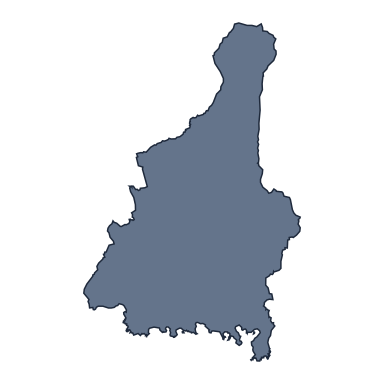 the district of Lombok Tengah, Nusa Tenggara Barat, Indonesia
{"feature_id": "22746128B98880758851169", "entity_name": "Lombok Tengah", "entity_type": "district", "adm_level": 2, "iso_a3": "IDN", "parent_name": "Indonesia", "parent_adm1": "Nusa Tenggara Barat", "projection": "orthographic", "projection_center": [116.283, -8.682], "detail": "fine", "context": "isolated", "style": "filled", "palette": "slate", "viewbox_px": 384, "rotation_deg": 0, "n_neighbors": 0, "source": "geoboundaries", "source_scale": "gbopen_adm2", "svg_char_len": 6059}
<svg xmlns="http://www.w3.org/2000/svg" viewBox="0 0 384 384"><path d="M89.6,307.9L92.8,307.5L93.3,309.6L94.4,309.8L95.5,309.1L96.4,307.3L98.2,306.2L102.9,306.2L108.5,308.0L111.2,308.0L114.2,307.4L116.1,305.9L117.7,305.5L119.1,303.7L122.6,304.6L124.1,305.8L126.4,309.9L126.2,312.2L125.2,311.6L123.7,312.5L123.8,314.2L125.9,317.9L125.6,319.1L124.7,319.3L125.0,320.6L123.9,321.6L123.5,321.2L123.2,322.6L125.4,323.4L125.3,324.5L125.7,323.8L126.8,324.0L126.6,325.4L127.8,325.9L128.2,326.9L127.1,328.6L127.5,329.5L126.6,329.5L126.8,330.2L126.2,330.7L126.6,331.5L127.6,331.6L128.1,330.3L128.6,330.7L128.9,329.9L129.7,329.8L130.6,331.3L130.1,332.7L131.3,332.2L131.9,333.0L132.7,332.9L133.7,335.1L138.1,333.5L140.4,335.5L142.0,333.5L142.9,334.1L144.1,333.5L145.4,334.7L146.1,334.6L145.7,335.4L146.1,335.3L146.6,337.3L146.7,336.0L149.3,333.6L148.4,332.8L148.6,329.3L149.7,328.2L154.0,327.1L159.4,328.0L160.0,330.1L162.4,332.4L163.2,331.7L163.6,332.2L166.0,331.9L166.6,330.5L165.5,329.0L165.7,328.0L166.7,326.9L168.2,327.0L170.3,329.0L169.8,330.4L170.6,332.7L170.0,334.8L170.4,335.9L173.3,336.6L173.6,337.3L174.4,337.2L174.7,336.4L175.3,336.6L177.2,334.7L175.8,331.4L176.2,329.9L179.5,328.2L181.1,328.2L183.5,330.3L185.9,331.0L186.6,330.3L187.7,331.5L188.6,331.0L189.1,331.8L191.1,332.1L191.4,332.9L193.4,332.3L196.4,334.6L196.1,334.0L197.1,333.7L195.9,332.7L195.3,330.2L195.2,328.6L196.3,326.3L195.4,324.1L196.2,322.6L197.7,322.4L200.5,323.7L202.9,323.5L205.4,324.8L205.2,326.2L209.4,329.9L208.8,330.7L209.3,332.5L211.0,332.9L211.7,331.2L213.1,330.9L219.7,331.8L222.9,337.9L222.8,339.6L223.2,338.9L223.7,339.4L224.3,337.5L225.4,337.2L225.1,336.6L223.6,336.2L223.0,333.7L224.8,331.8L227.6,332.0L228.0,333.2L229.0,332.9L229.9,333.7L229.8,336.4L228.7,337.1L229.4,338.9L229.9,338.7L230.9,335.9L233.4,336.6L233.8,337.8L236.7,340.1L235.9,342.9L239.2,345.4L241.1,344.2L241.9,342.8L241.2,341.3L240.1,341.1L239.4,339.5L240.7,336.3L239.5,335.9L238.3,332.8L236.4,331.3L235.1,328.1L235.7,326.6L239.2,325.0L241.7,327.4L241.8,329.7L242.8,330.2L244.1,329.2L245.6,329.1L246.6,330.5L246.3,333.6L246.9,332.2L247.3,333.4L247.7,332.3L251.2,332.3L254.5,329.4L257.3,328.8L259.6,330.7L260.2,332.7L256.9,336.9L254.8,338.3L253.6,340.6L251.4,342.0L251.7,345.2L253.2,347.2L252.8,349.8L253.2,351.3L255.3,354.7L252.3,358.0L252.7,359.0L252.2,359.8L253.0,359.8L253.2,358.4L254.8,357.7L255.0,358.3L256.0,358.2L257.0,360.9L259.8,361.0L260.4,359.3L261.2,359.7L261.5,357.4L262.6,357.9L263.1,357.1L263.7,357.6L264.1,356.2L265.9,355.9L267.5,359.0L268.2,358.7L267.9,356.4L268.8,355.8L269.0,356.6L269.7,355.5L268.9,355.4L268.5,354.7L269.1,354.7L268.3,353.8L269.5,353.6L269.3,351.8L270.3,352.2L270.5,351.6L270.0,350.7L269.3,350.8L269.7,348.8L270.4,349.1L269.5,348.4L267.8,342.6L268.1,340.8L268.8,338.0L270.5,335.6L271.3,330.4L274.8,326.0L273.4,324.4L273.5,322.7L272.0,322.9L270.6,320.8L271.1,317.8L269.7,317.0L269.0,317.4L268.4,312.8L269.1,310.6L268.4,310.7L267.8,309.6L266.5,309.0L265.9,309.6L265.8,307.8L263.5,306.0L264.2,305.0L264.4,302.5L267.0,299.9L269.5,299.2L272.9,299.6L271.8,294.0L269.4,293.6L268.1,287.9L265.7,285.2L265.8,278.0L269.5,275.7L270.4,274.1L272.3,274.5L273.2,273.6L273.6,271.5L273.9,272.0L279.0,270.3L280.9,268.4L280.9,261.3L282.4,254.8L281.8,253.6L282.6,250.2L285.1,249.3L285.0,247.7L287.3,248.0L287.7,240.1L289.4,239.6L289.2,237.5L292.1,237.0L293.3,237.5L296.5,235.1L299.8,231.3L300.2,227.7L298.1,224.1L298.9,220.9L299.4,221.0L298.5,220.7L298.4,219.4L299.7,218.5L300.2,217.1L295.8,215.2L293.8,212.9L292.4,209.7L290.4,199.6L289.4,197.5L284.0,196.2L282.9,192.9L281.9,191.9L276.3,191.3L276.1,190.5L273.9,189.0L271.5,192.4L268.8,193.2L267.1,190.6L262.8,187.2L260.5,182.4L260.5,179.3L262.3,173.7L262.7,169.7L258.7,165.6L258.6,163.9L257.6,163.2L258.5,162.4L258.9,158.7L257.8,153.0L258.4,150.5L257.6,148.1L258.6,144.3L257.5,141.9L258.5,139.8L257.8,136.4L259.1,129.3L258.9,123.3L260.1,110.2L259.5,96.7L262.4,89.8L262.1,83.8L262.9,76.2L263.4,76.1L263.1,72.9L266.8,69.0L268.0,65.9L273.7,60.4L276.1,54.3L276.0,50.9L274.1,49.0L273.6,44.2L275.8,38.9L273.9,37.4L273.0,35.3L269.0,33.4L267.2,31.5L262.8,30.9L262.5,27.4L261.2,23.9L256.7,26.6L251.9,25.4L247.1,25.4L238.8,23.0L234.6,24.1L233.4,28.4L230.3,32.3L229.5,32.4L227.3,36.8L223.2,38.2L222.2,42.4L220.1,44.1L218.9,48.3L214.4,52.9L214.3,55.0L213.0,55.7L215.0,63.5L220.3,71.6L223.4,78.4L223.4,82.2L220.9,86.7L220.7,89.9L216.6,94.0L213.3,102.5L211.6,105.3L209.4,107.1L208.0,110.7L206.4,110.7L205.0,113.3L203.8,113.4L203.4,114.4L198.7,115.9L197.6,115.2L196.1,117.5L194.0,117.9L193.1,117.4L190.6,119.0L190.0,120.0L190.3,121.6L189.7,121.9L189.6,123.8L190.5,124.3L189.6,125.5L190.2,125.9L189.7,127.8L185.6,129.5L185.9,130.4L185.2,130.8L185.0,132.1L183.6,132.2L183.1,134.2L179.9,136.7L176.9,137.3L175.6,138.8L171.1,139.0L169.0,138.3L168.4,139.4L166.5,140.4L164.4,141.1L162.5,140.8L161.2,142.4L157.2,143.6L156.0,145.1L154.5,144.9L150.6,147.3L146.2,152.2L143.6,151.8L142.8,152.8L140.9,152.6L138.1,153.2L136.6,153.8L137.8,156.8L136.4,157.4L138.4,165.7L142.8,167.1L142.5,169.2L147.3,186.6L144.8,187.8L140.3,188.3L140.1,189.7L138.4,190.5L137.2,189.3L135.6,189.5L133.3,186.2L131.8,186.1L131.8,186.9L131.4,186.2L129.5,186.2L130.4,186.9L129.7,188.0L130.6,191.7L133.8,197.5L135.4,204.7L135.5,210.3L131.6,212.8L132.5,214.5L132.3,217.1L133.4,217.6L134.2,219.6L133.0,220.4L132.3,219.8L130.7,219.9L130.3,219.2L129.2,219.4L129.8,221.4L128.9,223.5L126.1,224.8L125.0,224.5L121.4,226.5L120.3,226.4L116.7,223.2L114.1,222.3L113.0,220.9L112.0,223.7L109.6,225.7L108.0,228.2L107.5,231.0L109.0,232.9L110.1,237.3L113.4,241.2L114.1,243.9L109.1,245.2L106.2,252.0L104.7,252.2L104.6,253.9L103.5,254.3L104.8,257.2L103.0,258.0L102.9,259.0L98.7,263.1L96.9,266.4L97.7,269.8L94.6,272.9L94.3,274.2L92.8,275.0L92.8,276.2L86.9,284.0L84.3,289.2L83.8,293.2L88.9,299.4L88.1,301.6L89.1,303.9L89.6,307.9ZM184.0,332.8L183.1,331.2L182.2,331.9L182.5,332.8L184.0,332.8ZM254.4,333.4L254.6,332.3L254.0,331.9L253.5,333.9L254.4,333.4ZM229.0,339.8L228.7,338.7L227.9,340.1L229.0,339.8ZM251.9,359.4L251.1,359.5L250.8,359.7L251.2,360.3L251.9,359.4Z" fill="#64748b" stroke="#1e293b" stroke-width="1.5"/></svg>